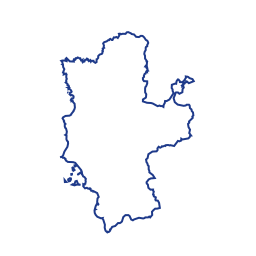 Bone, Sulawesi Selatan, Indonesia (Albers equal-area conic projection), rotated 160°
{"feature_id": "22746128B25468135680533", "entity_name": "Bone", "entity_type": "district", "adm_level": 2, "iso_a3": "IDN", "parent_name": "Indonesia", "parent_adm1": "Sulawesi Selatan", "projection": "albers", "projection_center": [120.181, -4.68], "detail": "fine", "context": "isolated", "style": "outline", "palette": "blue", "viewbox_px": 256, "rotation_deg": 160, "n_neighbors": 0, "source": "geoboundaries", "source_scale": "gbopen_adm2", "svg_char_len": 5872}
<svg xmlns="http://www.w3.org/2000/svg" viewBox="0 0 256 256"><g transform="rotate(160 128 128)"><path d="M50.2,149.5L50.7,151.9L53.1,153.8L54.0,155.4L55.1,156.2L55.6,156.0L56.1,156.5L56.5,155.3L59.3,153.2L61.4,152.5L63.5,153.4L63.3,154.3L64.0,156.3L64.6,156.6L66.4,155.3L67.6,153.1L68.5,153.6L72.0,153.6L73.3,150.6L72.9,149.0L73.4,147.6L73.2,145.2L79.3,140.6L82.6,140.1L83.9,140.7L85.0,138.8L86.5,137.6L87.5,135.7L88.5,137.0L90.0,137.5L90.6,138.3L92.7,138.4L96.4,142.6L97.8,143.6L101.5,145.2L104.9,147.9L104.2,149.7L101.0,150.4L100.5,150.9L99.3,153.5L99.7,155.6L98.5,159.1L97.7,160.5L96.7,161.0L94.7,163.3L94.0,165.3L97.0,166.6L97.4,168.3L96.9,169.9L95.4,170.6L95.2,171.7L93.8,173.2L92.9,173.1L91.8,174.5L91.1,174.0L91.0,174.8L89.9,174.9L90.3,175.5L89.7,175.8L89.4,177.8L89.9,177.7L90.1,178.5L89.5,179.3L90.7,179.9L89.8,180.6L88.8,180.8L87.6,183.4L87.8,183.9L87.3,184.1L88.2,187.4L87.3,190.1L87.4,192.0L86.3,193.9L84.7,195.2L83.9,197.4L83.2,198.1L82.0,198.2L81.5,199.5L80.1,200.7L79.8,201.5L80.0,203.4L81.1,204.7L81.8,207.6L82.8,209.5L84.4,210.2L86.6,209.7L89.2,210.9L90.3,213.8L92.5,215.1L92.8,215.9L95.0,218.0L96.5,218.3L98.1,217.3L100.9,218.4L102.1,218.4L103.3,219.4L104.3,219.6L104.3,218.1L106.8,216.1L107.8,217.5L109.3,217.5L110.3,218.0L112.5,216.0L113.2,216.3L114.1,217.8L115.0,217.7L115.7,217.0L116.6,217.3L118.4,216.7L121.0,216.8L122.4,216.0L122.4,213.7L123.2,212.4L123.0,211.5L124.6,211.3L124.7,210.0L125.5,209.6L125.5,208.4L126.1,208.2L126.5,207.1L127.2,206.6L129.5,206.7L131.4,205.8L132.0,204.1L133.3,203.3L134.0,203.3L135.0,200.7L136.4,200.4L137.8,202.4L137.5,203.0L139.4,203.7L140.2,203.1L140.3,204.7L141.9,204.2L142.4,205.5L142.0,206.2L142.8,207.2L143.7,206.4L144.9,206.8L146.2,205.4L146.8,205.8L147.7,205.4L147.5,206.5L148.1,206.3L148.1,206.7L147.6,207.5L148.3,207.3L149.0,207.5L149.0,209.6L149.5,209.5L150.3,210.8L151.3,211.5L151.9,211.1L153.3,211.5L154.1,211.0L154.0,210.3L155.0,210.0L155.5,210.8L156.3,209.9L156.3,209.0L159.9,210.5L161.9,214.8L163.0,214.2L162.5,212.5L162.8,211.8L164.5,213.1L166.8,213.9L167.7,213.9L167.2,212.8L167.5,210.3L167.8,210.2L167.4,209.9L168.1,207.4L167.7,205.1L169.9,202.6L169.5,202.4L169.8,201.4L169.5,201.1L170.0,200.3L167.7,200.4L167.4,199.3L168.2,198.1L168.8,196.2L168.7,195.1L169.8,194.0L170.1,192.5L171.0,192.1L169.8,190.1L170.2,189.0L169.4,188.5L169.2,187.5L169.5,186.6L170.5,186.6L169.9,186.1L170.4,186.0L170.7,184.9L169.8,185.1L168.8,183.3L168.5,181.6L169.1,180.9L170.4,181.0L171.4,179.7L170.6,178.2L169.7,178.3L168.9,177.7L168.3,176.4L168.9,175.0L169.7,174.6L170.9,175.0L172.1,173.9L171.6,173.4L172.0,172.5L170.7,172.4L170.7,171.0L169.9,169.1L170.9,165.4L172.2,163.6L173.2,163.0L173.3,162.5L176.5,160.6L176.8,160.0L178.7,159.6L182.6,160.7L185.4,160.2L186.2,159.5L185.6,156.4L186.0,156.1L185.9,154.4L185.4,153.2L186.2,152.9L186.9,151.0L186.9,149.5L186.4,148.8L186.7,145.5L188.0,143.2L189.3,142.9L188.4,141.7L189.7,138.6L189.7,137.0L189.1,135.8L189.6,133.9L191.4,131.0L195.8,127.6L198.4,124.4L199.4,123.7L201.8,123.7L199.8,123.4L199.4,122.3L197.9,121.7L197.7,120.2L197.3,120.1L197.5,118.7L196.1,116.7L191.3,114.7L189.5,113.3L186.4,104.4L186.4,103.1L186.7,103.2L186.9,102.0L188.3,102.3L190.9,101.5L191.1,101.0L190.8,101.3L190.6,100.6L190.7,101.3L188.4,102.2L186.6,101.9L186.8,100.6L188.2,100.3L186.8,100.6L186.7,97.9L185.7,96.8L185.0,94.6L185.8,93.6L186.0,92.2L187.2,90.2L187.7,90.3L188.2,89.7L189.2,90.6L190.0,88.5L189.0,86.0L187.1,85.9L186.2,84.6L184.4,84.4L184.1,84.0L184.8,83.6L184.1,82.6L184.0,81.5L182.8,81.2L182.2,80.6L182.3,80.1L181.7,80.1L179.2,77.4L179.1,73.2L180.7,72.3L182.4,68.8L181.9,66.5L182.3,66.2L183.5,67.1L185.1,65.6L186.9,63.1L186.4,62.6L187.2,62.5L187.7,61.9L188.3,59.6L188.1,57.5L187.2,55.1L184.3,52.4L182.7,52.1L183.1,51.7L182.6,50.5L182.8,45.0L184.0,42.3L184.2,40.0L184.2,39.1L183.2,37.1L182.5,37.5L181.9,36.9L181.1,37.0L179.8,37.7L179.6,38.8L178.8,38.8L176.7,40.5L173.5,40.3L169.8,42.1L168.2,41.4L166.5,41.8L165.6,42.3L162.9,45.9L160.2,47.0L157.4,46.0L156.6,44.7L156.3,40.9L155.0,39.6L153.6,40.0L148.4,39.9L144.7,37.8L143.2,37.7L142.3,38.1L139.7,37.1L138.4,37.5L137.8,36.4L135.0,38.0L134.1,41.1L132.2,42.1L130.1,42.9L128.0,42.2L125.4,42.0L124.4,47.1L124.8,49.5L126.7,50.5L126.8,51.3L125.6,53.3L127.1,54.9L127.0,55.9L126.7,56.2L127.2,56.9L125.5,59.5L125.9,60.7L125.5,61.6L128.0,62.4L129.3,64.8L128.7,68.1L129.4,69.4L129.1,70.7L126.1,72.6L123.8,72.8L120.0,71.8L120.8,75.4L123.1,79.0L122.6,80.3L122.7,82.1L121.6,85.1L122.1,86.3L121.9,88.2L122.3,89.5L121.8,92.2L119.9,93.0L117.8,96.4L113.1,97.5L109.1,96.3L107.7,97.2L107.3,98.8L105.6,99.9L104.5,98.5L102.8,98.7L102.4,99.2L101.1,98.7L99.2,98.8L98.9,98.4L98.2,98.9L96.1,98.3L94.7,97.3L94.1,97.4L90.8,95.3L85.5,98.8L84.2,97.9L82.4,98.0L81.6,99.7L80.8,98.6L74.9,97.6L73.2,98.3L72.3,99.5L71.3,99.3L72.2,102.3L70.3,105.2L70.8,108.2L70.2,111.3L68.6,112.1L68.4,113.3L63.7,115.4L63.6,116.8L62.3,117.4L61.6,120.4L62.3,122.2L62.0,123.7L63.0,125.5L62.4,128.0L62.7,129.0L64.9,129.8L66.1,129.4L68.1,129.8L73.3,133.0L75.2,136.3L74.9,140.5L72.2,143.4L71.9,144.3L70.7,145.0L68.9,144.3L68.0,142.6L64.7,143.0L63.4,145.9L61.8,146.9L61.7,148.4L62.7,148.5L62.3,149.0L62.7,149.5L61.7,149.9L61.1,149.7L60.6,150.1L60.8,150.9L60.3,150.8L60.5,151.3L59.7,151.3L59.5,150.9L57.9,151.1L57.4,152.0L56.8,151.7L55.5,149.3L50.2,149.5ZM195.3,92.3L192.9,91.2L192.8,91.4L194.1,92.4L194.2,95.8L195.6,95.9L197.0,94.2L198.3,93.5L199.2,94.1L200.0,93.9L197.9,92.4L195.3,92.3ZM199.7,100.7L201.8,100.2L202.1,99.1L201.9,98.1L200.6,98.0L199.3,99.0L198.9,100.1L199.7,100.7ZM193.9,109.6L194.0,108.1L193.2,108.0L192.8,109.3L193.5,109.8L193.9,109.6ZM205.3,100.7L205.8,98.8L204.5,98.4L205.3,100.7ZM192.7,107.2L194.2,107.1L194.0,106.5L192.6,106.8L192.7,107.2ZM191.0,111.2L191.2,110.8L190.8,110.0L190.3,110.0L190.2,110.7L191.0,111.2ZM197.1,104.1L197.2,103.4L196.6,103.4L196.4,104.0L197.1,104.1ZM172.4,182.0L172.8,182.2L172.3,181.6L172.4,182.0Z" fill="none" stroke="#1e3a8a" stroke-width="2"/></g></svg>